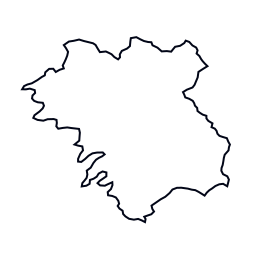 Santa Branca, São Paulo, Brazil (Equal Earth projection), rotated 260°
{"feature_id": "56859067B45307591425781", "entity_name": "Santa Branca", "entity_type": "district", "adm_level": 2, "iso_a3": "BRA", "parent_name": "Brazil", "parent_adm1": "São Paulo", "projection": "equal_earth", "projection_center": [-45.869, -23.418], "detail": "fine", "context": "isolated", "style": "outline", "palette": "ink", "viewbox_px": 256, "rotation_deg": 260, "n_neighbors": 0, "source": "geoboundaries", "source_scale": "gbopen_adm2", "svg_char_len": 2688}
<svg xmlns="http://www.w3.org/2000/svg" viewBox="0 0 256 256"><g transform="rotate(260 128 128)"><path d="M53.4,215.6L56.9,217.2L59.7,218.4L63.2,217.4L66.0,213.6L69.7,212.5L72.4,213.2L75.1,214.8L78.9,216.2L81.9,217.2L84.9,218.6L88.5,223.1L91.6,224.1L94.0,225.5L97.1,224.4L100.8,223.6L102.8,219.6L104.4,216.7L106.8,215.1L109.9,214.7L112.3,213.4L114.3,210.4L117.9,212.0L121.1,208.3L123.8,206.9L126.4,207.3L128.2,203.9L130.6,201.3L132.7,199.4L135.8,199.6L138.4,197.8L140.9,197.5L143.5,196.5L146.1,193.4L148.2,189.7L151.1,189.2L153.8,188.4L155.5,192.6L156.7,198.6L159.0,201.1L161.7,202.8L165.7,205.4L171.0,207.1L173.1,212.0L175.1,217.0L178.0,214.9L180.9,213.1L183.1,212.0L186.5,210.8L189.4,208.5L192.4,210.0L195.4,209.1L198.1,205.8L202.1,203.3L204.0,200.0L201.9,198.2L199.9,193.6L199.8,188.5L197.6,185.9L195.7,183.8L197.0,179.6L197.6,174.5L202.0,171.0L205.2,166.5L208.4,165.9L209.2,162.7L210.9,158.8L213.3,155.4L216.0,152.0L216.0,146.4L213.0,145.4L208.3,144.1L206.4,140.9L205.0,135.3L201.9,132.7L199.0,132.4L197.3,130.2L200.2,126.9L203.5,124.6L205.3,122.2L207.2,119.5L207.6,113.5L211.3,112.0L215.4,110.5L217.5,108.3L219.1,104.7L221.3,99.7L223.6,95.2L223.3,89.8L223.4,84.8L220.8,79.2L217.4,80.8L213.4,82.2L209.8,80.7L206.7,78.8L203.8,76.8L200.9,74.6L197.8,75.1L197.2,70.8L195.7,66.6L199.3,64.7L199.9,60.6L197.2,56.2L194.3,55.2L193.2,51.9L190.9,47.1L188.7,41.0L188.3,36.5L187.3,32.9L184.5,30.5L183.8,34.3L183.8,38.2L181.5,42.7L178.6,42.6L176.6,39.6L173.7,38.6L171.0,40.3L169.0,43.6L167.6,48.5L164.5,49.1L162.1,47.4L159.7,43.9L156.8,38.1L154.4,36.5L151.7,40.3L149.9,45.9L150.6,50.4L149.7,56.4L148.4,59.0L145.3,58.8L142.1,57.7L139.4,59.2L139.4,63.7L139.1,68.3L137.8,72.2L135.6,79.6L131.8,79.8L127.6,78.7L124.0,77.8L121.0,72.5L119.3,75.8L117.8,79.8L113.8,79.8L110.8,76.5L106.3,73.5L103.6,73.0L102.7,76.1L105.0,80.5L107.5,84.3L109.2,88.6L109.2,93.1L108.3,98.9L106.1,100.4L104.6,97.6L103.7,94.3L102.3,91.0L99.6,87.9L95.4,84.4L93.2,80.0L89.2,79.9L86.1,78.6L84.0,76.3L81.7,73.5L78.5,72.3L78.4,77.0L79.7,80.5L83.4,81.5L84.0,85.2L85.5,88.8L88.2,91.2L89.6,95.4L88.0,99.0L84.2,98.3L82.4,94.4L80.9,91.0L79.0,88.4L76.3,90.6L75.2,95.2L76.1,98.3L77.3,103.1L74.5,102.8L70.8,100.6L68.4,96.9L65.2,96.7L63.8,100.7L61.7,104.0L58.0,105.8L55.0,106.1L53.0,104.3L50.1,105.6L47.5,108.3L44.1,108.3L41.4,110.1L38.4,113.3L36.7,117.9L36.7,122.2L34.6,125.5L32.4,128.4L35.3,129.5L37.8,128.6L38.5,132.7L39.0,136.0L41.2,139.1L44.1,137.9L47.5,137.7L49.7,142.6L52.1,147.8L53.8,152.8L56.8,157.8L59.7,161.1L60.6,165.8L59.9,170.2L57.9,176.4L56.2,180.1L55.1,183.5L52.7,186.6L50.3,189.3L48.1,191.7L50.7,194.4L52.6,197.3L53.8,200.2L55.7,204.0L56.7,208.1L56.5,212.0L53.4,215.6Z" fill="none" stroke="#020617" stroke-width="2"/></g></svg>